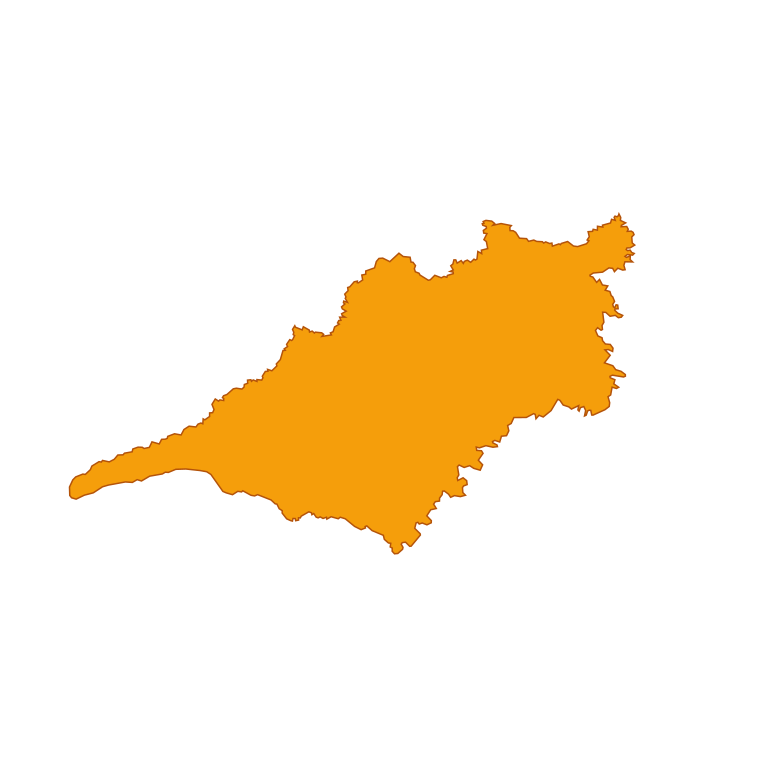 the district of Phuthiatsana, Berea, Lesotho, rotated 126°
{"feature_id": "5366337B52577174059761", "entity_name": "Phuthiatsana", "entity_type": "district", "adm_level": 2, "iso_a3": "LSO", "parent_name": "Lesotho", "parent_adm1": "Berea", "projection": "albers", "projection_center": [27.866, -29.128], "detail": "fine", "context": "isolated", "style": "filled", "palette": "amber", "viewbox_px": 768, "rotation_deg": 126, "n_neighbors": 0, "source": "geoboundaries", "source_scale": "gbopen_adm2", "svg_char_len": 6159}
<svg xmlns="http://www.w3.org/2000/svg" viewBox="0 0 768 768"><g transform="rotate(126 384 384)"><path d="M659.7,569.9L658.1,565.4L650.1,561.1L642.9,555.2L632.6,551.3L627.7,547.5L615.3,535.7L611.5,529.7L606.5,527.5L605.0,523.2L596.3,519.4L587.0,510.4L583.9,509.1L582.3,506.5L575.4,502.3L569.2,494.3L562.2,482.1L559.2,475.9L558.9,470.9L565.6,451.2L564.8,447.6L562.6,441.5L556.8,439.2L555.0,435.8L553.4,435.5L552.2,426.2L550.6,422.9L547.8,421.2L544.2,407.2L544.9,401.6L544.1,400.0L546.5,395.5L546.3,391.9L548.3,390.5L550.3,383.5L549.4,379.2L548.7,377.5L546.3,378.6L545.0,376.7L546.5,375.1L544.3,373.1L542.5,374.5L541.5,373.0L539.6,373.3L531.6,369.7L530.8,367.0L532.1,365.5L530.1,364.7L531.6,360.6L531.0,358.6L529.0,357.5L528.6,354.3L525.6,352.2L526.9,350.8L522.5,348.8L519.9,341.8L517.5,341.1L515.8,336.1L516.5,324.1L515.3,316.9L511.4,314.4L510.4,315.5L508.9,314.5L509.6,307.4L506.8,295.6L509.5,292.4L510.0,287.0L508.9,284.9L512.2,283.2L511.9,280.9L514.5,279.1L515.2,275.7L513.0,273.2L506.8,271.8L505.0,272.6L503.5,275.9L501.6,276.0L499.3,273.6L500.2,267.8L499.2,266.7L484.8,265.8L483.9,266.7L482.7,274.3L477.5,276.4L476.0,275.3L476.6,273.2L474.0,271.4L472.7,266.5L468.5,264.2L466.7,265.4L465.5,271.9L458.3,272.3L454.0,268.5L452.0,273.3L449.0,273.3L446.1,270.3L443.6,272.0L439.4,271.9L436.3,273.6L435.1,272.3L435.2,267.0L436.5,263.5L432.9,261.4L430.2,256.0L426.1,252.7L425.5,256.4L421.7,259.6L419.7,259.7L416.5,257.6L413.6,260.3L413.4,264.9L418.7,267.6L416.8,269.7L413.6,270.0L407.7,276.0L405.4,275.6L404.4,270.1L399.7,266.7L399.5,261.8L397.2,255.5L391.4,256.7L390.2,262.9L381.9,263.1L380.7,265.9L383.2,270.0L380.8,272.3L379.6,269.3L374.0,265.3L371.1,258.7L368.0,255.4L366.9,256.7L367.6,261.4L366.8,262.4L364.5,261.2L362.9,256.3L357.2,258.3L353.8,254.5L348.5,255.5L344.9,259.6L341.2,257.9L334.8,259.2L327.4,249.2L320.0,245.5L319.7,243.8L322.8,240.6L318.2,240.2L317.1,235.8L307.3,233.2L294.3,234.4L293.8,232.1L295.7,226.7L293.9,221.1L294.1,217.6L287.0,213.8L291.0,211.9L291.3,210.2L287.7,211.2L284.8,209.1L286.9,205.3L292.0,203.0L290.4,202.1L286.1,203.4L284.6,202.6L283.8,201.2L287.0,197.7L286.3,196.6L274.9,190.1L269.8,188.6L266.5,190.4L262.6,195.3L259.6,194.2L252.5,197.6L251.0,193.3L248.7,192.2L248.8,198.2L244.8,199.7L246.0,204.7L245.0,205.7L242.6,204.4L237.5,194.3L235.8,193.3L234.5,194.3L234.4,199.6L236.2,205.0L234.7,209.6L237.3,218.1L227.8,217.9L226.5,225.3L224.3,222.8L223.3,218.2L220.4,219.8L219.0,224.2L221.5,228.4L220.5,232.6L218.4,234.8L219.4,239.2L216.4,244.4L212.9,244.3L212.9,240.0L211.5,239.3L208.5,242.0L204.8,242.4L197.4,249.3L195.7,246.7L196.3,240.9L192.5,237.2L192.6,233.4L190.5,231.3L188.2,231.2L189.3,236.5L188.7,240.8L187.5,241.2L185.5,238.8L182.8,241.3L183.5,242.8L186.6,242.2L186.7,243.8L185.1,245.8L181.7,246.0L179.1,250.1L178.9,252.2L176.4,255.6L178.1,260.2L173.1,260.6L175.5,265.5L172.7,271.1L176.8,271.7L174.7,277.9L175.6,280.4L174.9,281.4L171.2,279.9L165.0,272.9L157.9,270.3L156.0,267.0L157.7,263.6L152.9,262.9L151.5,257.8L149.8,256.1L147.0,259.7L143.5,260.9L139.1,254.6L138.7,258.0L135.6,260.0L139.1,262.3L139.1,264.1L136.2,263.2L133.6,258.6L131.3,258.3L132.0,260.8L131.0,263.6L132.9,265.3L132.9,267.1L131.1,267.4L129.2,264.9L124.2,262.8L124.0,266.1L119.4,270.0L116.2,269.5L114.9,271.6L115.0,273.8L117.5,276.9L115.2,277.4L113.9,280.2L117.4,284.6L116.1,285.2L111.6,283.2L112.7,288.9L110.1,290.4L108.3,293.9L110.1,293.3L111.8,293.8L112.4,295.8L113.9,295.8L115.7,293.1L117.0,296.7L120.6,295.4L127.1,300.6L128.4,299.2L130.9,304.0L134.1,301.8L135.9,305.7L137.9,305.0L140.8,308.4L144.2,304.5L148.1,304.3L147.7,302.4L151.5,302.6L159.0,308.1L161.0,311.8L160.8,319.2L166.1,323.2L167.6,323.2L167.8,324.8L173.5,328.8L171.3,331.0L173.0,332.6L174.0,336.7L176.1,337.7L175.8,339.5L178.9,344.3L179.5,347.4L183.6,350.9L182.6,354.1L186.4,360.1L183.9,366.6L184.1,369.6L185.8,372.2L183.3,374.3L181.0,374.1L185.4,383.6L191.6,389.2L189.1,388.8L188.9,392.6L191.7,397.7L194.3,399.3L195.2,397.6L196.6,398.7L197.5,397.4L196.5,393.8L197.8,392.7L201.4,393.9L203.3,392.0L201.8,389.1L208.5,388.0L208.6,384.9L213.5,379.7L218.5,383.9L221.1,381.6L221.6,386.0L228.3,382.2L230.0,382.9L230.1,384.6L234.6,385.4L234.8,389.4L237.6,391.1L239.8,390.7L238.8,394.1L243.2,395.9L241.4,398.9L242.5,400.4L246.4,398.8L249.1,399.5L251.0,395.0L254.1,396.7L252.8,393.8L254.0,392.8L258.9,396.5L260.7,395.9L261.7,398.7L264.4,400.1L266.2,406.8L272.5,407.8L274.0,409.1L274.7,418.9L273.8,420.8L274.8,424.6L272.9,427.2L269.7,428.1L268.5,432.1L269.5,433.8L266.1,437.4L269.6,443.4L269.4,448.8L281.6,451.2L282.9,459.0L285.4,461.9L289.4,462.2L295.6,459.9L303.3,465.2L305.9,463.3L308.9,466.0L312.4,462.4L317.2,464.2L317.8,465.2L316.4,466.0L318.8,468.2L325.5,468.8L327.3,470.1L329.6,467.9L334.4,468.6L336.0,465.9L337.5,465.7L339.4,461.5L340.6,465.3L342.1,464.6L342.3,462.7L346.6,463.7L347.7,461.9L347.3,457.4L352.1,459.6L353.1,458.1L352.8,454.9L356.0,459.2L357.8,456.3L359.3,457.9L361.9,457.5L361.9,455.4L366.9,457.5L371.6,455.9L374.2,457.4L375.2,455.4L382.0,462.2L379.3,462.0L379.2,464.5L382.4,470.0L383.7,470.3L383.4,473.2L385.7,474.8L384.3,476.2L385.1,482.9L388.3,482.0L390.1,489.0L389.3,490.4L393.6,490.1L395.2,487.4L397.4,486.5L397.4,484.8L401.7,484.0L403.1,484.3L403.5,486.3L409.2,486.1L410.4,484.0L414.2,485.4L414.8,483.7L416.3,485.4L425.2,482.2L431.1,482.9L432.3,481.3L439.2,482.5L440.6,486.8L441.9,485.4L443.6,487.4L449.3,487.0L450.1,485.6L452.7,485.2L455.1,489.4L456.6,488.3L457.6,492.2L459.7,492.8L458.8,494.2L461.1,496.7L463.5,494.7L466.5,496.7L468.8,495.4L471.6,496.0L474.2,501.0L476.5,503.1L484.8,504.9L487.8,506.9L490.0,506.7L490.0,505.1L491.6,504.0L493.3,507.4L495.1,507.8L495.3,511.7L501.6,511.2L504.6,506.5L507.9,505.8L509.9,508.1L512.8,506.0L518.3,507.9L518.5,509.8L522.7,507.2L523.2,509.2L525.8,510.9L529.3,510.9L532.7,516.9L538.4,519.1L544.5,518.2L547.4,524.2L553.5,528.2L555.3,527.4L557.1,528.4L559.5,531.4L564.6,530.6L567.2,537.7L573.2,536.6L577.2,540.2L577.3,542.4L579.7,545.9L584.2,549.0L586.9,547.9L592.5,553.3L594.7,553.5L597.9,557.6L603.5,558.0L608.5,560.5L611.3,566.8L613.3,566.8L614.3,568.9L622.1,572.1L625.9,571.2L632.7,572.5L633.9,574.7L640.4,578.8L644.5,579.4L652.2,577.9L658.9,572.7L659.7,569.9Z" fill="#f59e0b" stroke="#b45309" stroke-width="1.5"/></g></svg>